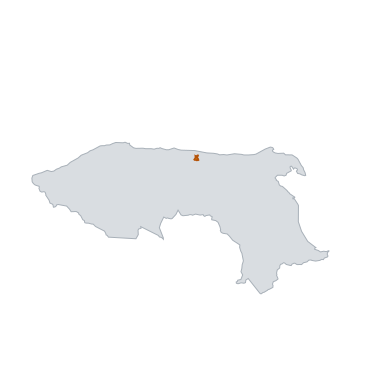 location of Aija, Áncash, Peru, rotated 116°
{"feature_id": "86281439B16913171463289", "entity_name": "Aija", "entity_type": "district", "adm_level": 2, "iso_a3": "PER", "parent_name": "Peru", "parent_adm1": "Áncash", "projection": "equal_earth", "projection_center": [-77.714, -9.768], "detail": "fine", "context": "in_parent", "style": "filled", "palette": "amber", "viewbox_px": 384, "rotation_deg": 116, "n_neighbors": 0, "source": "geoboundaries", "source_scale": "gbopen_adm2", "svg_char_len": 5019}
<svg xmlns="http://www.w3.org/2000/svg" viewBox="0 0 384 384"><g transform="rotate(116 192 192)"><path d="M254.5,111.1L254.5,112.2L253.5,112.8L252.5,112.0L251.2,112.2L249.2,109.7L244.3,110.1L242.2,113.0L238.9,113.7L235.4,115.0L231.4,115.6L225.2,120.3L223.8,122.2L220.9,124.9L218.6,125.8L217.5,134.3L215.2,139.2L214.3,142.0L215.5,146.0L215.5,148.0L214.2,149.7L213.2,149.8L211.0,151.6L207.8,155.3L207.3,158.2L208.3,162.0L207.9,162.4L205.3,163.1L205.4,165.2L204.8,166.0L207.0,169.0L208.3,169.8L208.3,170.5L208.1,171.3L207.6,171.6L207.6,172.3L209.2,174.6L210.3,179.1L212.6,181.3L212.7,182.7L213.3,184.1L214.5,185.2L217.3,189.7L217.4,191.8L214.4,196.6L219.2,196.6L224.5,198.2L225.3,199.0L225.9,201.2L226.0,202.6L227.0,203.7L226.9,206.4L233.9,206.4L238.4,205.7L245.8,197.7L247.0,197.0L246.4,198.8L246.3,200.1L246.7,201.4L245.8,203.4L245.6,222.9L246.9,221.9L248.6,223.7L249.9,223.8L253.9,221.6L258.6,221.9L269.2,247.3L268.2,249.1L268.2,250.4L266.9,251.5L265.5,253.5L265.3,263.6L264.2,266.7L264.8,268.2L265.4,271.4L266.3,273.4L266.6,274.6L266.4,275.1L264.9,276.2L264.8,278.0L262.1,281.6L261.5,284.0L260.5,284.8L260.3,287.5L262.7,292.0L261.1,294.6L259.6,298.5L261.9,306.8L262.9,308.0L264.0,307.9L265.5,308.6L266.4,309.9L264.4,311.4L264.1,312.1L264.2,314.8L262.0,316.9L259.0,322.0L258.2,322.3L256.7,323.8L256.5,324.6L256.7,325.4L257.9,326.9L258.0,328.8L255.9,331.1L254.4,331.4L253.9,332.0L254.4,335.2L254.4,336.6L253.9,338.3L252.9,340.1L249.7,342.0L246.9,342.3L242.2,337.6L240.7,335.7L236.0,331.6L235.3,327.4L233.8,325.4L230.9,323.8L228.6,321.6L226.8,320.6L222.6,315.9L218.7,314.4L211.4,309.3L207.5,307.7L202.4,303.0L199.7,301.7L197.5,299.5L190.9,294.8L189.9,293.3L188.8,291.0L187.4,289.7L185.7,286.5L183.3,284.6L180.9,282.2L178.0,275.5L176.6,274.0L176.5,271.0L175.6,269.6L177.0,268.6L177.9,263.9L177.4,261.6L174.1,255.2L173.4,252.6L171.0,247.8L170.1,244.8L168.1,242.7L167.3,240.9L166.2,240.1L166.1,237.9L165.3,233.6L164.3,231.5L160.3,227.4L159.9,223.1L159.1,220.0L153.6,207.8L150.4,195.9L147.7,189.4L146.6,185.6L146.5,183.5L144.5,180.0L143.4,176.8L139.0,170.6L136.4,163.8L136.0,161.7L134.2,157.9L131.4,153.0L129.9,151.1L121.3,145.0L117.3,141.3L116.8,139.4L117.0,138.3L117.9,137.2L119.1,138.0L119.9,137.7L120.4,136.3L120.4,134.3L119.7,131.7L116.9,126.6L117.6,124.3L114.8,118.3L115.5,112.6L116.1,111.1L120.3,105.3L121.4,102.8L123.2,101.3L125.0,98.9L127.2,97.1L127.9,97.7L128.5,100.8L128.4,102.9L129.0,105.2L127.5,107.3L125.9,106.9L125.2,107.4L125.0,108.4L125.2,110.0L125.7,110.6L126.9,110.7L125.2,113.8L125.4,114.4L126.5,114.9L127.6,114.1L128.8,112.4L129.5,112.1L133.7,115.1L135.7,114.8L137.2,116.2L137.4,118.3L139.5,122.6L142.6,123.6L143.1,123.3L143.8,121.7L144.5,121.4L144.7,119.1L147.4,116.6L147.8,114.8L147.4,113.6L147.5,112.6L149.1,107.0L149.6,106.4L150.0,104.6L150.7,103.5L151.6,97.3L152.3,97.3L153.0,98.8L153.9,98.4L153.4,97.0L153.6,96.5L156.6,91.5L157.5,90.4L172.1,83.4L179.3,76.3L185.7,66.3L187.7,56.3L188.4,57.0L189.7,56.7L189.2,52.7L189.5,50.7L189.5,50.2L187.5,47.7L186.7,45.1L185.0,43.6L185.0,43.0L186.9,43.6L188.5,43.3L190.0,41.7L191.0,41.8L193.4,44.1L195.2,44.3L195.7,45.9L197.4,47.1L199.9,50.6L201.0,54.4L200.9,55.1L202.0,57.1L204.4,58.0L206.7,60.8L209.2,61.7L210.3,64.2L210.9,65.0L211.2,66.4L210.9,68.1L211.2,69.0L213.0,70.5L214.6,70.6L214.9,71.3L215.8,75.5L215.2,77.6L215.4,78.7L217.4,79.7L218.0,80.6L219.6,80.8L221.9,79.9L224.7,81.2L226.9,80.7L227.9,80.4L229.0,79.5L229.8,79.5L232.0,76.9L232.7,76.6L235.0,77.8L237.0,79.6L239.5,79.3L240.5,78.2L242.3,77.5L245.5,79.8L246.2,80.8L247.1,81.0L250.6,83.3L251.2,84.2L253.0,85.0L253.4,85.7L253.3,86.5L245.1,103.6L247.6,105.0L250.0,104.2L251.2,105.3L252.1,108.1L253.9,109.9L254.5,111.1Z" fill="#d9dde1" stroke="#a8b0b8" stroke-width="1"/><path d="M161.5,202.0L161.5,201.9L161.4,201.9L161.5,201.8L161.4,201.7L161.4,201.4L161.3,201.2L161.2,201.2L161.1,200.9L160.9,200.8L160.9,200.7L160.8,200.4L160.7,200.4L160.6,200.5L160.6,200.4L160.6,200.2L160.4,200.1L160.3,200.3L160.2,200.4L160.2,200.5L159.9,200.7L159.9,200.8L160.0,200.8L160.0,201.0L159.9,201.1L159.7,201.1L159.6,201.3L159.5,201.2L159.4,201.2L159.3,201.3L159.2,201.3L159.1,201.5L159.1,201.9L159.1,202.0L158.9,202.2L158.9,202.3L158.9,202.5L158.8,202.8L158.7,202.9L158.5,203.0L158.4,202.9L158.2,202.9L158.1,202.7L157.9,202.6L157.7,202.5L157.5,202.4L157.4,202.4L157.4,202.5L157.2,202.5L156.9,202.5L156.7,202.5L156.4,202.5L156.3,202.8L156.5,202.9L156.6,203.0L156.8,203.2L156.9,203.3L157.0,203.4L157.3,203.3L157.3,203.2L157.5,203.2L157.5,203.3L157.7,203.5L157.8,203.5L157.7,203.7L157.8,203.8L157.9,204.0L158.0,204.3L157.9,204.4L157.9,204.5L158.0,204.6L158.0,204.8L158.1,204.7L158.2,204.8L158.3,204.8L158.5,204.7L158.7,204.4L158.7,204.2L158.8,204.1L159.0,204.0L159.0,203.9L159.2,203.7L159.3,203.6L159.5,203.8L159.8,204.0L160.0,204.1L160.2,203.9L160.3,204.0L160.5,204.1L160.8,204.1L161.0,204.1L161.3,204.2L161.5,204.0L161.8,204.1L162.0,204.2L162.1,203.9L162.1,203.7L162.1,203.4L161.9,203.2L161.8,202.9L161.7,202.9L161.7,202.7L161.6,202.4L161.6,202.2L161.5,202.0Z" fill="#f59e0b" stroke="#b45309" stroke-width="1.5"/></g></svg>